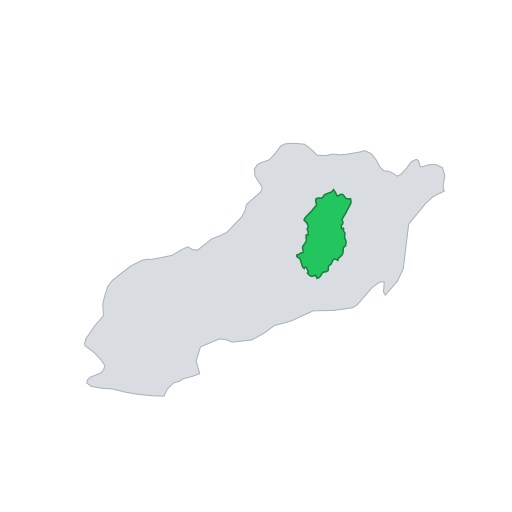 Albania, with Berat highlighted, rotated 246°
{"feature_id": "ALB-1523", "entity_name": "Berat", "entity_type": "County", "adm_level": 1, "iso_a3": "ALB", "parent_name": "Albania", "parent_adm1": "", "projection": "albers", "projection_center": [20.072, 40.618], "detail": "fine", "context": "in_parent", "style": "filled", "palette": "green", "viewbox_px": 512, "rotation_deg": 246, "n_neighbors": 0, "source": "natural_earth", "source_scale": "10m", "svg_char_len": 3718}
<svg xmlns="http://www.w3.org/2000/svg" viewBox="0 0 512 512"><g transform="rotate(246 256 256)"><path d="M171.4,156.7L171.8,149.9L173.5,139.0L172.6,135.4L173.6,129.2L170.5,120.9L165.4,114.9L170.5,104.4L177.8,91.7L184.5,81.6L192.7,71.1L198.1,61.0L203.9,52.4L208.9,49.7L211.4,51.6L212.7,55.4L212.3,66.6L214.0,70.5L217.4,73.4L224.7,72.0L232.8,69.2L243.6,63.3L245.5,63.7L249.5,66.8L257.9,80.4L263.5,92.3L274.4,96.5L280.6,101.1L288.5,108.2L292.3,115.3L297.8,137.1L298.5,150.2L297.0,156.3L295.7,157.9L290.8,179.3L292.1,190.3L292.1,197.5L287.9,200.4L285.1,204.9L289.7,222.8L289.2,230.4L289.5,239.1L297.7,259.0L302.6,265.2L307.0,268.1L312.6,286.4L315.9,289.6L329.4,287.7L336.0,289.7L338.6,294.0L339.3,297.0L338.5,307.3L341.9,315.2L346.5,323.3L346.6,328.3L343.6,336.4L338.3,346.0L331.1,349.7L323.2,352.9L319.5,360.3L317.7,368.1L314.2,374.0L312.0,380.4L308.7,393.4L308.0,398.2L302.6,403.0L294.3,405.0L286.8,405.4L281.7,407.7L279.2,412.1L274.4,415.7L271.5,417.4L271.6,421.3L275.1,429.6L279.0,436.3L279.1,441.7L277.2,443.2L271.1,442.5L269.8,444.5L269.1,450.5L267.5,455.7L265.0,458.9L260.6,462.3L252.5,461.2L245.0,456.0L241.0,454.4L238.8,454.6L238.2,442.0L234.9,432.2L223.1,408.5L184.5,385.4L175.5,375.0L171.5,366.4L167.6,358.1L171.4,357.9L175.2,360.0L180.0,362.6L182.0,358.5L180.0,349.5L170.2,328.5L169.5,322.8L174.5,305.3L182.7,285.8L182.3,262.0L185.0,244.0L182.3,232.3L181.0,218.0L187.0,199.1L192.1,194.4L195.2,188.4L195.5,168.2L184.3,158.6L171.4,156.7Z" fill="#d9dde1" stroke="#a8b0b8" stroke-width="1"/><path d="M239.0,293.1L239.9,293.4L240.2,293.6L240.5,294.2L240.1,295.1L240.1,295.5L240.1,296.0L240.4,297.3L240.5,297.9L240.5,298.6L240.1,299.8L240.1,300.4L240.6,300.9L242.1,301.3L243.7,301.5L245.0,302.0L245.9,302.8L248.5,307.1L249.4,308.0L250.5,308.7L252.9,309.3L254.1,310.0L254.9,310.6L253.9,312.1L256.3,313.2L257.2,313.5L258.8,313.5L259.7,313.7L260.5,314.2L260.9,315.2L261.1,315.6L261.9,315.9L265.3,315.9L269.4,314.5L270.7,316.0L271.2,317.0L273.5,322.4L274.4,325.1L276.0,327.9L276.3,328.8L276.9,329.7L277.4,331.1L278.2,332.1L278.7,332.4L279.3,332.4L279.8,332.4L280.3,332.4L280.8,332.7L281.2,332.9L282.4,333.0L282.9,333.3L283.6,334.0L283.8,334.3L283.7,334.7L283.9,335.1L283.9,335.5L283.3,337.4L282.8,338.1L282.6,338.5L282.3,339.7L282.3,340.2L282.4,340.8L282.6,341.3L283.6,342.3L284.0,343.3L284.2,344.7L283.8,350.2L283.8,351.1L285.1,353.9L280.6,354.5L278.7,354.4L277.8,354.8L277.6,355.8L277.8,357.0L277.9,358.1L277.6,359.5L276.7,360.3L275.7,360.7L272.7,361.4L271.4,362.2L270.9,362.7L270.7,363.1L270.7,363.4L270.4,364.0L270.0,365.6L269.3,365.5L267.0,364.9L266.1,364.4L264.8,363.2L257.5,353.8L257.2,353.3L254.8,349.9L254.3,349.4L253.5,349.3L251.8,349.2L250.8,348.8L250.1,348.3L249.4,346.9L248.4,345.9L246.3,345.2L246.2,346.0L246.1,346.4L246.0,346.9L245.9,347.2L245.5,347.2L244.9,347.0L243.9,346.3L243.1,346.1L240.9,346.6L236.7,344.4L234.3,344.4L232.1,344.0L228.8,341.9L228.2,339.4L227.8,339.1L226.9,338.5L225.4,337.9L222.9,336.2L221.8,334.7L220.3,330.4L219.8,329.6L219.2,329.2L218.7,329.1L218.8,328.8L219.5,328.4L220.3,327.8L221.2,326.9L221.4,325.7L220.9,324.6L218.0,321.3L217.4,318.4L216.9,317.9L216.0,317.4L215.1,317.0L213.8,316.3L213.3,315.8L213.2,315.1L213.1,314.1L213.1,313.6L213.2,313.1L213.7,311.8L213.8,310.5L213.4,309.5L211.5,306.9L211.0,305.7L210.7,304.7L210.6,304.1L210.8,302.6L213.2,302.6L213.8,302.7L214.2,302.6L214.3,302.1L214.2,301.6L214.2,301.1L214.6,300.5L214.5,300.2L214.5,299.8L214.5,299.4L215.0,298.5L215.3,297.8L215.7,297.5L216.5,297.1L218.1,296.5L219.2,296.0L219.5,296.0L219.8,296.2L220.2,297.0L220.7,297.6L221.8,297.3L225.1,297.4L225.4,297.0L225.7,296.4L225.6,295.9L225.5,295.6L224.9,294.9L227.2,294.1L235.5,295.1L238.1,293.4L239.0,293.1Z" fill="#22c55e" stroke="#15803d" stroke-width="1.5"/></g></svg>